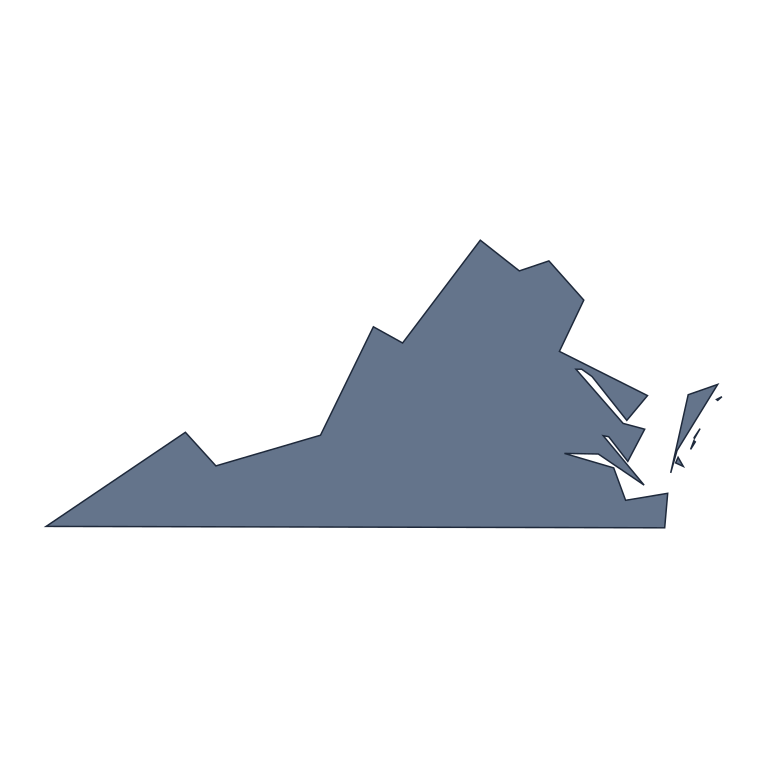 Virginia, Natural Earth projection
{"feature_id": "USA-3552", "entity_name": "Virginia", "entity_type": "State", "adm_level": 1, "iso_a3": "USA", "parent_name": "United States of America", "parent_adm1": "", "projection": "natural_earth1", "projection_center": [-77.892, 37.995], "detail": "coarse", "context": "isolated", "style": "filled", "palette": "slate", "viewbox_px": 768, "rotation_deg": 0, "n_neighbors": 0, "source": "natural_earth", "source_scale": "10m", "svg_char_len": 736}
<svg xmlns="http://www.w3.org/2000/svg" viewBox="0 0 768 768"><path d="M667.7,493.3L664.7,527.8L46.1,526.4L185.4,432.3L215.9,465.9L320.5,435.2L373.4,326.8L402.6,343.0L480.3,240.2L519.3,270.9L548.9,260.9L583.8,300.1L559.4,351.4L647.5,395.6L626.8,420.4L592.0,376.5L581.6,369.2L575.9,369.2L623.1,423.4L644.7,429.2L627.8,461.4L608.7,436.7L603.2,435.7L644.1,485.1L598.3,454.0L564.4,453.4L613.7,467.9L625.6,500.3L667.7,493.3ZM717.7,384.4L677.0,450.6L670.7,472.9L688.2,394.7L717.7,384.4ZM683.3,466.4L675.6,462.9L678.1,457.3L683.3,466.4ZM716.5,399.5L721.9,396.7L717.7,400.4L716.5,399.5ZM694.1,437.6L700.1,428.6L694.4,438.5L694.1,437.6ZM693.9,440.7L695.3,441.9L690.6,449.4L693.9,440.7Z" fill="#64748b" stroke="#1e293b" stroke-width="1.5"/></svg>